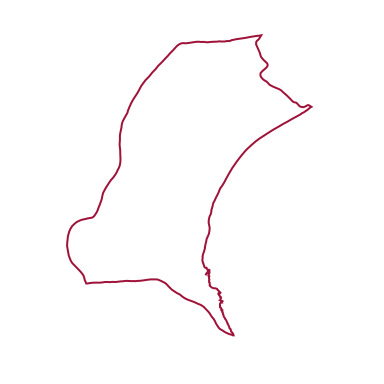 the district of Al Ghaydhah, Al Mahrah, Yemen, rotated 350°
{"feature_id": "15242507B66245697923351", "entity_name": "Al Ghaydhah", "entity_type": "district", "adm_level": 2, "iso_a3": "YEM", "parent_name": "Yemen", "parent_adm1": "Al Mahrah", "projection": "orthographic", "projection_center": [52.126, 16.264], "detail": "fine", "context": "isolated", "style": "outline", "palette": "rose", "viewbox_px": 384, "rotation_deg": 350, "n_neighbors": 0, "source": "geoboundaries", "source_scale": "gbopen_adm2", "svg_char_len": 5978}
<svg xmlns="http://www.w3.org/2000/svg" viewBox="0 0 384 384"><g transform="rotate(350 192 192)"><path d="M135.4,111.5L134.7,113.1L134.1,114.7L133.8,116.1L132.6,119.0L132.0,120.6L131.6,121.5L130.8,123.9L130.0,128.5L129.2,131.5L128.8,133.7L128.7,136.1L128.6,137.7L128.3,140.1L128.0,141.7L127.4,146.4L126.8,149.4L126.3,151.1L125.3,153.7L124.9,154.3L124.1,155.6L122.6,157.5L121.3,159.5L119.7,161.4L117.0,164.0L114.1,166.3L111.3,169.2L107.8,173.0L104.4,177.3L103.4,179.4L101.8,183.5L99.1,188.3L97.5,190.7L96.0,193.4L94.8,195.2L92.8,197.4L91.6,198.6L90.3,199.5L88.9,199.9L83.8,199.9L83.1,200.1L79.9,200.1L76.9,200.5L74.8,201.1L73.4,201.5L71.3,202.6L68.1,204.7L65.8,207.3L64.3,209.5L62.2,213.8L60.1,221.1L59.6,223.5L59.6,233.2L60.5,237.7L60.9,239.2L61.5,240.7L61.8,241.3L67.5,249.7L69.1,252.3L69.8,253.7L70.2,254.4L70.5,255.1L70.8,256.6L71.0,258.1L71.1,260.4L71.6,261.8L71.9,263.7L72.8,263.9L77.5,264.0L82.0,264.6L82.6,264.8L86.6,265.4L88.1,265.5L90.5,265.5L93.5,266.0L95.8,266.6L97.3,266.6L98.6,266.8L100.0,267.2L103.0,267.5L106.0,267.6L108.4,267.9L110.9,268.0L112.4,268.2L117.0,269.3L119.3,269.6L120.7,270.0L123.6,270.1L124.5,270.4L127.0,270.5L128.4,270.6L133.0,270.7L136.0,270.9L141.9,271.9L143.3,272.4L146.1,274.2L149.8,277.0L150.8,278.2L152.8,281.3L155.2,284.7L159.4,288.7L162.4,291.0L164.4,293.4L166.6,295.5L169.1,297.3L175.0,300.7L178.4,303.1L181.0,304.7L182.7,306.2L183.7,307.3L184.5,308.5L187.1,312.4L188.5,314.9L188.6,315.5L190.0,318.6L191.4,321.1L192.2,323.2L192.9,326.0L194.7,330.2L195.5,331.5L196.6,332.5L198.3,333.9L199.8,335.4L201.4,336.7L202.0,337.0L202.6,337.5L204.6,338.7L205.9,339.2L207.3,340.2L207.5,340.0L208.0,340.2L207.9,338.9L207.1,337.2L206.3,336.2L206.2,335.7L206.3,334.6L206.2,333.8L205.9,333.3L205.5,333.1L205.2,332.2L205.2,331.5L205.1,330.8L204.7,329.4L204.4,328.0L204.1,327.8L204.2,327.4L203.7,325.6L203.5,324.7L203.1,323.6L202.6,322.8L202.6,322.3L201.6,319.9L201.6,318.1L201.3,317.9L201.2,317.6L201.4,316.1L201.4,315.8L201.0,315.6L201.0,314.6L200.4,313.7L200.4,313.3L201.1,313.2L200.8,312.8L200.6,312.4L200.7,312.0L200.5,311.4L200.3,311.0L200.1,311.1L199.8,310.8L199.6,310.3L199.6,309.7L199.9,308.8L199.9,308.1L200.3,306.7L200.9,306.1L201.4,306.1L201.2,305.9L201.4,305.5L201.8,305.6L202.0,305.4L202.6,305.4L203.1,305.1L203.1,304.7L202.4,304.6L202.2,304.7L201.8,304.7L201.6,304.5L201.4,303.9L201.0,303.6L201.4,303.5L201.2,303.1L201.6,302.1L201.9,302.0L202.0,301.8L202.3,301.1L202.3,300.8L202.2,300.6L201.7,300.5L201.5,300.4L201.5,299.7L201.4,299.4L201.2,299.2L201.1,298.5L200.8,298.4L200.8,298.0L200.9,297.8L200.6,297.7L200.2,296.9L200.5,296.4L200.7,296.1L201.2,296.0L201.4,296.1L201.7,295.9L201.9,296.1L201.5,296.5L201.9,296.2L202.4,296.4L202.5,296.3L203.0,296.7L202.7,296.3L202.5,295.9L202.2,295.8L202.0,295.4L201.5,295.1L201.3,294.2L200.7,293.6L200.7,293.4L200.1,292.7L199.9,291.8L198.1,290.8L197.1,290.7L196.3,290.4L194.5,289.2L193.9,288.2L193.3,287.6L193.2,287.1L193.4,286.8L193.3,286.4L193.5,286.2L193.5,285.2L193.6,284.8L193.7,284.4L193.5,283.9L193.2,283.7L193.3,283.0L193.5,282.0L193.8,281.7L193.9,281.4L193.7,281.1L193.8,280.7L193.8,280.0L193.8,279.6L194.0,279.1L194.1,278.5L193.8,278.4L193.8,278.2L194.4,278.0L194.4,277.7L194.0,277.4L193.8,277.0L194.1,276.8L194.0,276.3L194.2,275.9L194.5,275.4L194.9,275.2L195.0,275.0L195.0,274.3L195.3,274.0L195.2,273.5L195.4,273.1L195.2,272.9L195.4,272.5L195.3,272.4L195.0,272.3L193.9,272.6L193.5,273.7L192.0,275.1L191.9,275.1L191.5,275.6L191.4,275.5L191.8,275.0L193.4,273.6L193.9,272.5L194.6,272.2L195.5,272.1L195.6,271.9L195.4,271.6L194.1,271.4L193.9,271.2L193.2,270.2L193.2,269.3L193.1,269.1L192.4,269.1L191.7,268.7L191.3,268.2L191.1,267.6L191.2,266.7L191.0,266.4L191.0,266.1L190.8,265.4L190.9,265.2L190.7,264.2L190.5,263.8L190.6,263.1L190.4,262.3L190.3,261.6L190.5,261.0L190.5,260.2L191.2,258.3L191.2,257.3L192.0,255.3L192.4,254.7L192.5,254.3L192.6,254.2L193.7,252.4L193.7,252.1L194.1,251.5L195.1,249.3L195.0,249.0L195.2,248.5L195.3,248.0L195.6,247.6L196.3,245.6L197.5,243.0L197.6,242.5L198.4,240.5L199.4,239.2L199.5,238.8L199.9,238.4L201.2,236.4L201.7,235.3L201.9,234.7L202.3,233.7L202.6,232.6L202.9,231.6L203.2,230.0L203.1,225.8L203.1,224.7L203.3,224.4L203.5,223.0L204.5,220.4L205.1,219.1L206.6,217.1L207.8,214.3L207.9,213.3L209.9,209.4L210.3,208.1L210.7,207.5L211.0,206.6L212.7,204.5L215.1,201.0L216.1,199.9L216.6,199.1L218.0,197.2L220.4,193.3L221.6,192.3L223.4,190.4L225.5,188.0L228.2,184.5L231.6,180.3L236.0,175.2L242.3,168.9L247.2,164.5L251.4,161.0L254.0,159.1L259.0,155.9L263.5,153.2L267.9,151.0L275.0,148.0L282.7,144.8L290.0,142.2L293.3,140.9L298.2,139.3L303.9,137.2L310.0,135.2L313.0,134.1L313.7,133.6L314.6,133.3L316.0,133.0L318.5,131.7L318.7,131.8L321.9,130.1L322.5,129.6L323.5,129.2L324.4,128.9L322.2,126.9L321.5,126.6L320.8,126.6L318.7,127.4L316.6,127.8L315.2,127.5L313.9,126.9L313.2,126.5L312.6,125.9L311.9,124.6L310.4,122.4L309.9,122.0L308.5,121.5L307.3,120.8L306.3,119.5L305.0,117.4L302.3,113.6L298.9,109.4L297.6,107.6L296.6,106.6L295.3,105.6L290.7,102.7L287.1,100.0L285.0,96.7L284.5,96.1L282.9,94.8L281.9,93.8L281.4,93.2L280.2,91.2L279.7,89.9L279.7,88.9L279.9,87.5L280.4,86.6L282.1,85.3L286.8,82.4L287.9,81.4L288.3,80.8L288.6,79.9L288.5,79.0L288.3,78.3L285.8,74.9L284.2,72.4L283.5,70.9L283.2,69.5L283.0,67.0L282.7,65.5L281.3,60.0L280.9,58.5L280.8,57.8L281.1,56.1L281.3,55.4L282.3,54.4L284.3,53.1L286.0,51.3L287.4,49.7L285.1,49.7L284.4,49.6L281.8,49.5L276.2,49.4L271.2,49.5L261.5,49.2L260.6,49.3L257.5,49.3L256.3,49.7L255.4,49.9L254.7,49.8L253.9,49.6L252.3,49.4L250.8,49.5L247.5,49.0L245.3,48.4L243.0,48.3L237.1,47.5L233.9,47.3L232.9,47.2L229.6,46.2L226.8,45.8L224.4,45.1L221.8,44.8L216.3,44.7L211.7,44.5L209.5,43.9L208.6,43.8L206.9,43.8L204.9,44.4L203.4,45.1L202.2,45.8L198.0,49.1L194.2,51.8L191.9,53.7L189.8,55.2L184.8,59.0L180.7,61.8L177.8,64.4L173.7,67.4L170.2,70.5L165.5,73.9L161.4,77.8L160.7,78.4L156.0,84.4L149.8,91.1L146.8,94.9L146.5,95.6L146.0,96.1L143.1,100.7L142.2,102.7L141.2,104.0L139.3,106.2L136.4,109.9L135.4,111.5Z" fill="none" stroke="#9f1239" stroke-width="2"/></g></svg>